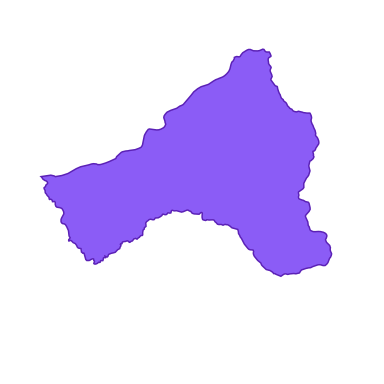 Olaya, Antioquia, Colombia (Albers equal-area conic projection), rotated 70°
{"feature_id": "7082276B51610426990427", "entity_name": "Olaya", "entity_type": "district", "adm_level": 2, "iso_a3": "COL", "parent_name": "Colombia", "parent_adm1": "Antioquia", "projection": "albers", "projection_center": [-75.768, 6.602], "detail": "fine", "context": "isolated", "style": "filled", "palette": "violet", "viewbox_px": 384, "rotation_deg": 70, "n_neighbors": 0, "source": "geoboundaries", "source_scale": "gbopen_adm2", "svg_char_len": 5962}
<svg xmlns="http://www.w3.org/2000/svg" viewBox="0 0 384 384"><g transform="rotate(70 192 192)"><path d="M304.8,118.7L303.5,117.1L302.7,115.8L302.8,111.0L303.2,108.1L303.7,106.5L303.4,104.0L303.5,98.6L303.9,97.1L304.7,95.5L305.5,94.7L306.3,93.2L306.6,91.9L305.8,89.9L304.8,88.4L301.8,85.8L301.1,85.0L300.7,84.2L299.2,82.8L298.1,82.1L297.5,81.9L295.0,82.1L293.7,81.9L292.7,81.6L291.8,81.0L289.3,80.9L285.3,82.8L283.0,82.9L282.4,82.8L281.9,82.4L281.5,81.8L279.8,80.5L278.7,80.1L276.9,80.5L275.8,81.3L274.7,82.4L273.1,84.9L272.3,86.8L271.4,89.9L270.6,91.8L269.1,93.4L268.0,94.0L264.7,93.8L263.1,94.2L259.7,93.4L254.1,93.8L253.1,93.5L252.3,92.4L250.3,88.7L248.7,86.9L247.0,86.4L242.9,85.9L242.4,85.9L241.3,86.3L239.9,88.6L238.0,90.1L237.1,91.4L235.2,93.6L234.6,93.9L233.1,93.7L231.5,92.6L229.2,92.3L228.4,91.9L227.0,86.8L226.1,85.4L222.3,84.1L221.5,83.4L218.0,79.6L217.2,78.1L216.1,76.6L212.5,73.9L208.5,73.5L207.1,73.2L204.2,71.3L203.3,70.7L203.2,69.5L202.1,66.8L200.7,65.4L199.0,65.4L198.1,64.9L196.4,64.8L195.2,64.4L195.2,63.0L195.0,62.4L194.1,61.3L193.3,60.8L190.2,56.6L189.3,56.0L187.4,55.5L184.6,55.5L182.9,55.9L181.5,56.5L180.7,56.5L179.6,55.8L178.7,55.6L176.2,55.3L173.2,55.6L170.8,55.6L169.0,55.9L166.6,55.9L165.0,55.5L163.8,54.6L162.7,54.1L160.8,53.9L158.4,54.1L158.1,54.4L157.3,56.7L155.4,60.3L154.8,60.9L152.5,64.4L152.5,66.3L151.8,67.6L150.9,68.8L150.4,69.2L149.5,69.6L148.5,69.8L146.9,71.4L145.4,71.9L143.8,72.7L141.1,72.9L140.1,73.2L138.1,74.5L137.2,74.8L136.4,74.7L134.8,75.7L134.3,75.9L133.1,76.0L130.4,75.9L129.6,76.2L127.3,76.3L124.5,76.2L122.2,75.8L121.8,76.0L120.9,77.2L120.3,77.6L113.7,79.5L113.0,79.3L110.9,77.2L109.2,77.0L105.8,77.2L104.8,77.1L103.9,76.7L102.2,75.1L100.9,75.1L99.2,75.8L97.3,76.1L96.2,75.7L93.9,75.3L92.5,74.5L92.1,73.9L91.6,71.6L91.2,71.2L88.9,71.2L86.9,71.5L86.4,72.8L86.1,73.8L85.8,74.3L84.9,75.1L82.7,75.6L82.0,76.6L82.2,80.3L81.8,82.3L80.3,86.0L78.0,88.5L77.4,90.1L77.5,92.0L78.5,96.7L79.9,99.0L81.1,100.4L81.1,101.6L80.0,103.6L79.9,104.6L80.0,106.2L80.7,106.4L81.5,106.9L83.1,108.8L83.5,110.0L84.2,110.7L85.6,111.8L89.1,114.1L90.8,115.7L91.7,116.9L92.9,119.1L93.9,121.6L94.4,123.9L94.6,131.3L95.1,134.0L96.5,139.8L96.2,147.5L96.9,151.4L98.5,156.1L100.9,159.9L106.8,170.3L107.1,172.3L107.1,174.0L108.1,177.8L108.0,183.9L108.4,187.8L108.6,188.5L110.0,190.9L111.1,192.3L111.8,192.7L112.6,193.1L116.1,193.2L117.5,193.5L119.3,193.5L120.7,194.8L121.5,195.9L121.9,197.0L122.3,199.6L122.2,202.0L121.6,204.0L118.2,210.5L118.2,211.7L119.7,214.1L121.9,216.7L122.9,217.6L130.8,222.4L132.1,223.8L132.6,224.8L132.8,227.1L132.8,231.0L131.6,236.5L131.4,238.1L130.8,240.3L130.4,243.8L130.6,245.0L133.0,250.7L134.5,252.2L135.1,259.2L135.2,263.4L135.0,267.5L134.8,269.2L134.0,271.3L133.0,272.2L131.7,274.9L131.3,277.0L131.2,279.7L130.2,288.0L130.5,292.7L132.2,302.2L132.0,308.7L130.8,315.2L129.7,316.1L127.9,318.9L125.9,328.6L127.0,328.1L128.9,327.7L130.9,326.3L131.9,325.1L133.2,324.5L134.2,324.6L134.7,324.9L135.5,326.9L136.8,327.9L137.3,329.4L137.6,329.7L138.6,329.8L140.4,329.5L141.8,330.0L142.7,330.1L144.2,329.5L145.6,329.3L148.1,328.2L149.8,328.6L150.4,328.2L150.3,327.7L150.5,327.2L151.0,326.7L152.1,326.2L153.4,326.4L153.6,326.0L153.7,324.9L154.0,324.3L155.1,324.1L157.1,324.8L159.0,324.8L160.1,324.1L161.6,321.4L162.8,320.1L163.7,319.7L165.8,319.4L166.9,319.4L168.7,319.9L171.9,323.5L173.1,324.5L175.1,325.2L175.7,325.2L176.8,324.9L177.7,324.1L178.2,323.0L179.1,322.3L179.7,322.0L181.8,321.6L186.0,321.3L191.1,322.5L192.1,322.5L193.0,322.1L193.7,322.6L194.6,324.1L195.4,324.5L195.9,324.5L196.0,324.1L195.9,322.8L196.6,322.0L198.9,321.0L200.6,319.3L202.7,318.7L204.5,318.6L205.3,318.3L206.0,317.7L207.2,315.7L210.7,316.4L211.0,316.0L212.0,315.7L212.3,315.3L212.3,314.6L212.7,314.4L219.1,314.9L220.4,314.3L221.2,312.0L221.2,311.2L220.9,310.6L220.8,308.4L220.9,307.9L221.3,307.4L222.7,307.7L223.4,307.4L223.9,307.4L225.5,308.7L225.9,308.6L226.3,308.3L226.8,307.1L226.7,305.3L226.1,303.8L226.6,302.9L226.6,302.4L226.3,302.0L225.7,301.8L225.3,301.2L226.0,299.3L225.4,298.7L223.7,297.8L223.5,296.9L224.1,296.1L224.1,295.7L222.6,295.6L223.8,294.4L224.1,293.9L223.8,293.1L222.7,292.3L222.1,291.5L222.0,288.8L222.3,286.6L222.4,284.7L220.8,281.6L220.5,279.3L220.1,279.0L219.6,278.8L218.5,277.5L218.0,277.1L216.6,277.2L216.3,276.7L216.7,276.2L216.6,275.5L216.3,275.2L215.6,275.0L215.3,274.5L215.3,272.9L215.7,271.7L215.7,269.6L216.8,268.4L217.8,268.2L218.0,267.5L217.5,265.9L217.6,264.7L216.2,262.7L216.3,260.9L217.5,259.8L216.6,257.7L216.6,256.9L216.1,256.4L215.6,255.3L215.5,254.5L215.8,253.8L215.8,253.4L215.4,253.0L213.2,252.2L211.1,251.0L210.5,249.5L209.6,249.2L209.2,248.8L208.6,247.0L206.3,246.3L205.6,246.2L205.0,245.8L204.2,244.5L204.0,243.5L203.3,241.8L203.4,240.2L204.5,238.6L205.0,237.3L204.9,236.8L204.0,235.6L203.9,235.2L204.7,232.6L204.4,230.3L203.8,228.3L202.9,227.4L202.9,227.1L203.0,226.6L204.1,225.1L204.4,224.2L204.3,223.3L203.4,221.9L203.5,221.4L204.3,220.0L204.4,219.0L202.5,217.7L202.4,216.9L202.6,216.5L203.6,215.3L204.3,212.9L207.3,208.7L207.5,206.9L207.3,203.2L207.5,202.2L208.0,201.6L208.8,201.1L209.8,199.8L211.6,199.3L212.2,198.9L213.3,197.5L215.3,192.9L214.4,190.9L214.5,190.1L214.8,189.7L215.8,189.7L217.9,190.7L219.7,191.3L221.5,191.4L222.1,190.9L223.4,189.0L223.4,188.3L223.1,187.6L224.2,185.5L225.1,182.4L225.7,181.2L226.3,180.8L227.9,180.5L229.0,179.8L230.9,179.1L231.7,178.0L232.5,175.6L233.8,174.2L233.7,172.4L233.8,171.8L234.4,171.1L234.7,170.0L235.8,168.9L237.6,167.6L238.8,167.1L239.4,166.6L242.8,161.8L244.6,161.9L247.1,162.5L248.6,162.1L250.8,162.0L252.7,161.4L258.9,160.6L264.1,158.8L265.3,158.2L266.2,157.1L267.1,155.1L267.6,154.4L268.8,154.4L270.2,155.2L271.2,155.5L273.1,155.5L274.1,155.3L278.7,153.7L282.3,151.6L284.2,151.6L285.4,151.2L290.2,148.8L292.5,145.5L294.9,143.7L296.7,143.1L297.0,142.1L297.4,141.6L297.9,141.4L301.6,137.3L300.7,133.9L300.7,132.7L301.0,131.9L302.2,130.2L302.4,128.1L303.4,124.3L304.4,122.3L304.8,118.7Z" fill="#8b5cf6" stroke="#5b21b6" stroke-width="1.5"/></g></svg>